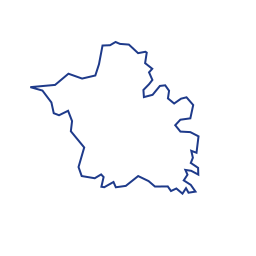 Shurchi, Surkhandarya, Uzbekistan, rotated 143°
{"feature_id": "79887680B75578252058464", "entity_name": "Shurchi", "entity_type": "district", "adm_level": 2, "iso_a3": "UZB", "parent_name": "Uzbekistan", "parent_adm1": "Surkhandarya", "projection": "robinson", "projection_center": [67.865, 37.956], "detail": "fine", "context": "isolated", "style": "outline", "palette": "blue", "viewbox_px": 256, "rotation_deg": 143, "n_neighbors": 0, "source": "geoboundaries", "source_scale": "gbopen_adm2", "svg_char_len": 1011}
<svg xmlns="http://www.w3.org/2000/svg" viewBox="0 0 256 256"><g transform="rotate(143 128 128)"><path d="M124.0,42.8L117.9,45.0L118.6,39.9L112.4,36.6L112.1,44.8L115.0,52.6L108.6,54.9L107.4,60.0L103.3,55.8L99.9,48.5L96.0,54.0L98.9,62.3L94.1,65.2L91.2,71.7L88.2,67.0L76.7,78.9L80.7,87.2L88.3,93.6L88.6,101.8L81.2,103.1L72.4,98.2L62.1,107.1L62.8,117.3L68.0,119.5L76.4,119.8L78.3,127.6L72.8,133.0L72.6,139.7L77.2,142.4L88.4,139.7L96.7,143.1L92.8,149.1L84.9,150.3L79.6,151.7L77.7,159.8L73.0,160.7L75.3,169.5L67.7,176.9L68.2,178.4L74.9,181.7L77.1,194.1L83.8,200.0L86.2,204.2L92.5,204.9L98.7,209.2L112.8,196.4L122.5,189.6L134.9,195.1L142.9,207.2L160.3,206.3L181.4,219.4L173.8,209.4L173.8,194.5L178.4,184.5L175.4,179.7L165.5,177.8L168.5,167.2L175.6,159.8L174.7,138.8L191.0,126.6L193.9,117.5L184.8,107.9L177.4,107.1L177.0,103.5L184.6,97.1L182.6,95.0L172.1,93.6L173.4,88.0L164.6,83.1L148.8,83.5L143.5,73.2L141.7,65.0L131.4,57.4L131.6,51.8L125.8,50.6L124.0,42.8Z" fill="none" stroke="#1e3a8a" stroke-width="2"/></g></svg>